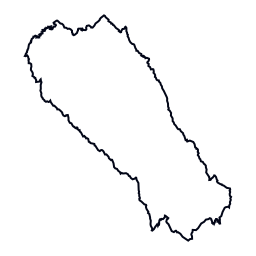 outline of Sai Yok, Kanchanaburi, Thailand
{"feature_id": "78962969B26028425570589", "entity_name": "Sai Yok", "entity_type": "district", "adm_level": 2, "iso_a3": "THA", "parent_name": "Thailand", "parent_adm1": "Kanchanaburi", "projection": "equal_earth", "projection_center": [98.933, 14.238], "detail": "fine", "context": "isolated", "style": "outline", "palette": "ink", "viewbox_px": 256, "rotation_deg": 0, "n_neighbors": 0, "source": "geoboundaries", "source_scale": "gbopen_adm2", "svg_char_len": 5707}
<svg xmlns="http://www.w3.org/2000/svg" viewBox="0 0 256 256"><path d="M183.1,133.2L180.8,131.2L179.8,129.2L178.3,129.2L177.7,128.7L175.6,125.4L174.3,124.2L173.7,122.3L172.7,121.3L172.6,118.3L170.9,115.5L171.1,113.0L169.7,110.6L168.3,109.6L168.8,108.1L168.1,106.8L168.0,103.5L167.1,100.8L167.2,98.5L166.8,97.2L163.8,90.9L162.2,88.3L161.9,86.3L160.8,84.7L160.3,82.8L159.0,81.6L158.8,80.4L157.2,80.2L156.5,79.5L155.8,77.5L154.9,76.9L155.2,75.2L154.3,73.5L153.5,72.8L153.8,71.3L153.4,69.4L152.9,69.1L150.9,69.4L150.1,67.1L148.4,66.0L148.7,63.9L147.4,62.9L147.3,62.3L148.7,60.8L149.1,59.3L149.0,58.7L146.8,57.8L145.4,58.2L145.1,57.2L143.6,56.9L143.9,56.1L143.5,55.8L142.1,56.1L141.3,55.6L141.6,55.3L141.3,54.0L139.1,53.0L137.8,51.0L136.3,50.7L136.4,49.7L135.4,48.1L134.3,44.9L133.7,44.2L132.3,44.0L130.4,42.3L129.2,40.1L128.6,37.9L127.6,36.2L127.9,34.8L127.2,34.0L127.0,32.4L126.4,31.4L126.4,27.9L125.6,26.8L124.9,27.3L124.7,28.4L124.0,28.9L122.5,29.0L121.2,31.1L121.1,32.1L120.4,32.3L118.8,31.1L119.1,30.4L118.8,29.9L116.0,28.0L113.8,25.2L113.0,25.0L112.4,23.7L111.2,23.7L110.8,22.5L108.4,21.2L108.6,19.7L105.6,17.2L105.0,16.0L104.0,15.4L100.8,17.9L99.8,19.2L99.8,19.8L98.4,21.3L95.5,23.5L94.4,25.6L92.6,27.6L91.1,27.5L90.9,26.8L88.9,25.4L86.8,25.9L86.1,27.6L86.4,29.2L85.7,30.1L83.1,30.0L82.7,29.2L82.1,30.4L81.3,30.0L81.5,28.8L81.3,28.6L78.4,28.7L78.0,29.2L78.0,30.6L77.4,31.4L77.1,32.8L75.0,34.6L73.8,35.2L72.7,34.5L72.8,33.6L72.0,32.6L72.0,30.7L70.6,29.3L69.1,28.6L67.7,28.9L66.3,27.8L64.4,27.6L63.3,25.0L62.0,23.8L60.4,23.5L57.5,20.7L56.5,20.7L53.6,22.7L53.9,23.8L55.7,24.6L55.9,25.3L54.9,26.7L53.4,26.6L52.5,29.0L51.8,29.4L50.7,29.2L51.6,28.5L51.4,27.7L50.7,27.4L50.9,26.4L49.4,26.8L49.4,27.9L48.8,27.7L49.0,27.1L48.2,27.0L48.4,25.8L47.7,27.9L47.0,28.1L46.1,27.8L45.7,28.9L45.0,28.7L44.9,29.5L44.3,30.2L44.9,30.7L44.8,30.9L43.8,31.0L43.3,29.8L42.7,29.9L43.3,31.0L42.5,31.3L42.9,31.5L42.4,32.1L42.5,33.1L41.9,33.2L42.1,33.6L41.5,33.8L41.1,33.7L40.8,34.8L39.9,34.2L39.2,34.6L39.6,36.4L38.4,36.8L38.8,37.5L38.0,37.6L37.3,37.0L36.5,37.4L36.6,36.2L36.0,36.4L35.5,35.7L35.0,35.8L34.5,36.6L33.4,36.6L33.2,37.8L31.7,39.0L31.2,41.7L30.8,41.4L30.4,43.0L29.6,43.5L28.9,44.7L28.2,48.7L27.5,49.7L27.5,50.5L26.9,51.3L27.0,52.2L25.8,53.8L25.6,54.8L24.9,56.0L25.7,56.2L27.2,55.4L28.1,56.7L28.3,58.0L29.0,59.1L28.4,60.0L28.7,60.9L28.7,63.2L30.4,63.4L31.2,64.1L31.4,66.7L31.0,68.0L30.9,69.9L32.6,72.6L32.9,74.2L32.4,76.0L34.0,76.9L34.5,77.9L35.3,77.9L35.5,78.9L36.1,79.8L36.1,82.0L39.8,81.5L40.2,79.8L40.7,79.3L41.1,81.9L41.5,82.2L40.7,84.9L40.8,88.9L40.4,90.6L41.4,93.3L41.2,94.8L41.5,96.6L42.7,98.1L42.7,98.7L44.4,100.2L44.6,100.9L46.0,101.8L47.1,101.3L48.6,102.0L49.5,101.6L50.3,100.6L50.8,102.2L53.3,105.8L54.3,105.7L56.9,108.2L57.3,109.4L58.7,109.3L60.2,110.5L62.2,112.5L62.3,113.5L63.4,115.5L64.9,116.2L66.0,115.8L66.2,115.2L67.8,115.0L68.5,117.8L68.5,120.3L69.8,122.8L71.4,123.3L72.8,125.9L73.7,126.8L74.4,126.8L75.3,128.0L76.3,128.4L77.0,127.5L77.6,128.1L77.6,129.1L78.9,130.3L79.6,130.1L79.9,131.6L80.9,132.3L83.1,136.5L84.3,136.0L84.7,136.7L85.3,136.8L86.1,138.4L87.0,138.2L88.2,138.9L88.8,141.8L89.7,142.0L90.5,143.1L94.3,143.9L94.6,145.5L95.3,145.7L98.1,150.1L99.8,151.1L101.2,150.0L102.3,150.2L103.5,151.4L105.0,154.5L106.4,154.4L108.6,156.8L108.9,158.2L109.6,158.9L111.0,160.1L111.5,159.7L112.1,159.8L113.5,163.2L114.1,167.1L115.3,168.4L117.0,168.9L118.3,170.9L119.9,172.0L120.6,173.7L121.7,172.9L122.9,173.5L126.1,173.2L128.0,174.3L128.8,175.9L129.8,176.1L130.8,177.9L132.6,179.3L134.6,178.7L135.8,177.6L136.2,177.7L136.6,179.8L138.4,183.0L138.7,190.4L139.1,191.6L138.7,193.2L139.3,194.2L139.2,196.0L139.9,197.9L139.8,198.5L139.3,198.8L139.4,199.7L139.6,200.3L141.5,201.6L144.4,204.4L146.0,204.8L146.3,205.3L145.9,206.9L146.5,208.9L148.4,211.9L148.0,213.0L149.3,214.0L150.1,217.5L150.1,218.6L150.8,220.7L150.5,224.1L150.8,225.8L152.1,228.2L152.2,229.5L151.8,230.4L152.3,230.6L153.9,229.2L155.5,226.4L156.5,225.4L156.9,224.4L157.6,224.2L158.0,225.7L158.4,224.9L159.0,224.8L159.2,223.6L158.8,222.6L159.2,222.2L159.4,220.3L160.1,219.3L160.5,219.6L161.0,219.2L161.2,219.6L161.8,219.0L163.0,219.1L164.8,217.3L164.9,215.6L165.3,215.7L168.3,218.1L167.9,218.8L166.9,219.2L166.3,221.6L166.8,222.6L168.5,224.2L171.7,231.1L173.9,232.1L175.5,230.8L176.1,230.8L177.1,232.4L178.0,232.2L180.4,233.8L182.6,236.8L188.2,240.6L190.0,239.1L192.1,238.8L192.0,236.1L191.3,234.6L191.6,233.4L192.5,232.0L192.7,229.9L196.0,230.1L198.1,228.2L201.2,223.5L204.1,221.8L205.9,219.6L208.6,219.1L209.7,218.2L210.7,218.5L211.4,219.4L211.4,220.2L212.0,221.1L212.2,222.9L213.0,222.8L213.2,223.7L214.1,223.3L214.2,223.6L215.1,221.6L214.9,221.0L215.0,220.4L216.1,219.6L216.1,219.0L216.5,219.0L217.2,219.3L217.3,220.6L217.8,220.6L217.6,221.7L218.2,221.6L218.4,221.1L219.4,222.9L219.2,223.1L219.5,223.6L220.1,223.5L219.8,221.2L219.9,219.1L219.5,217.5L221.3,216.1L222.6,211.9L224.7,207.8L225.7,207.2L228.3,206.7L229.1,207.4L229.3,205.3L230.2,203.8L229.9,202.1L230.8,199.9L230.3,198.4L231.1,196.9L230.0,195.9L229.8,195.2L229.7,193.8L230.2,192.0L229.6,190.7L230.2,189.8L230.0,188.5L226.7,187.8L223.6,185.5L222.1,185.1L221.8,184.4L220.5,184.2L217.6,182.5L217.0,181.5L217.5,180.5L216.8,179.7L216.0,177.0L214.8,175.5L214.2,175.4L213.9,176.1L212.5,177.8L211.6,178.3L210.5,179.9L209.3,180.0L209.5,178.4L209.1,177.4L209.2,177.0L206.2,172.5L206.6,169.5L205.9,167.4L205.8,165.6L204.6,164.2L203.9,163.8L202.8,161.9L200.9,161.3L200.3,159.2L199.5,158.6L198.9,156.5L197.8,155.1L198.0,154.2L198.7,153.2L197.7,151.9L198.0,151.3L197.9,149.6L197.3,148.8L196.4,148.9L196.1,147.8L195.2,147.4L194.6,144.2L193.3,142.0L189.9,140.6L187.2,141.5L186.9,141.0L186.9,139.8L185.6,140.1L184.3,136.0L183.3,134.5L183.1,133.2Z" fill="none" stroke="#020617" stroke-width="2"/></svg>